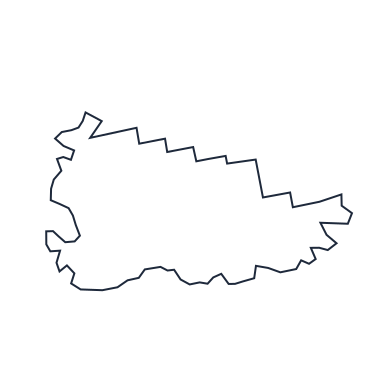 Vanini, Rio Grande do Sul, Brazil, rotated 169°
{"feature_id": "56859067B33860368995203", "entity_name": "Vanini", "entity_type": "district", "adm_level": 2, "iso_a3": "BRA", "parent_name": "Brazil", "parent_adm1": "Rio Grande do Sul", "projection": "albers", "projection_center": [-51.831, -28.498], "detail": "fine", "context": "isolated", "style": "outline", "palette": "slate", "viewbox_px": 384, "rotation_deg": 169, "n_neighbors": 0, "source": "geoboundaries", "source_scale": "gbopen_adm2", "svg_char_len": 1173}
<svg xmlns="http://www.w3.org/2000/svg" viewBox="0 0 384 384"><g transform="rotate(169 192 192)"><path d="M45.8,161.1L68.7,158.1L95.9,157.8L95.8,172.8L123.4,173.1L123.3,211.7L152.1,213.2L152.1,221.0L170.0,221.3L181.9,221.3L182.3,235.9L208.7,236.0L208.3,249.5L234.6,249.5L234.2,265.6L281.6,264.6L267.1,278.8L281.3,290.4L285.7,282.6L291.1,276.9L298.6,275.7L308.4,275.7L316.2,270.6L309.3,261.7L299.8,255.3L304.7,246.7L311.7,250.9L318.2,250.2L316.2,237.8L325.3,230.6L329.7,222.1L332.2,210.9L324.2,205.5L316.2,199.7L313.4,191.6L312.4,181.9L310.4,170.5L316.6,165.9L326.0,166.9L331.5,174.0L335.9,180.1L342.6,181.2L345.0,168.4L342.4,160.8L332.7,159.6L338.5,148.4L337.2,139.3L328.8,143.8L323.0,134.6L328.1,125.3L319.9,117.6L298.7,112.7L283.3,112.7L272.1,117.6L260.6,117.9L253.1,125.0L237.2,124.5L231.0,119.6L224.4,119.1L219.9,108.3L211.9,101.7L201.7,101.8L194.2,99.0L187.4,104.1L178.9,106.1L173.6,94.8L167.4,93.6L159.2,94.5L147.4,95.5L143.3,107.3L131.7,102.9L120.6,96.3L104.4,96.5L97.9,104.1L90.8,99.2L83.4,102.6L86.0,114.5L77.8,113.0L69.8,109.1L59.9,114.1L68.1,124.3L71.8,137.3L45.1,131.1L39.0,140.7L47.7,150.0L45.8,161.1Z" fill="none" stroke="#1e293b" stroke-width="2"/></g></svg>